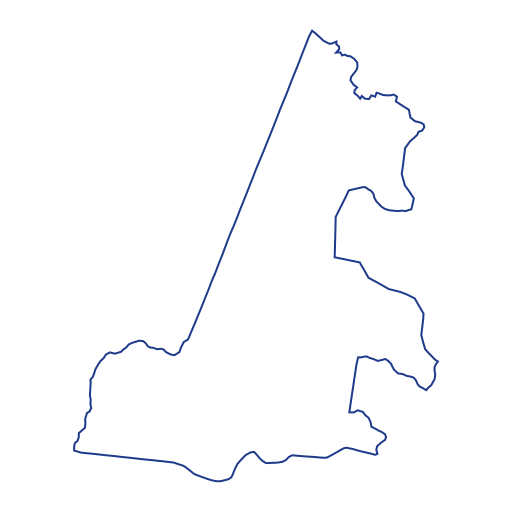 Mirassol d'Oeste, Mato Grosso, Brazil
{"feature_id": "56859067B78594820692492", "entity_name": "Mirassol d'Oeste", "entity_type": "district", "adm_level": 2, "iso_a3": "BRA", "parent_name": "Brazil", "parent_adm1": "Mato Grosso", "projection": "orthographic", "projection_center": [-58.043, -15.604], "detail": "fine", "context": "isolated", "style": "outline", "palette": "blue", "viewbox_px": 512, "rotation_deg": 0, "n_neighbors": 0, "source": "geoboundaries", "source_scale": "gbopen_adm2", "svg_char_len": 3772}
<svg xmlns="http://www.w3.org/2000/svg" viewBox="0 0 512 512"><path d="M426.2,390.2L428.0,388.0L431.3,385.1L433.1,381.8L434.7,378.9L435.2,374.3L434.5,370.1L434.7,366.7L436.2,363.9L437.9,361.5L434.9,359.5L431.0,355.4L428.7,353.1L425.3,349.4L423.3,342.9L421.3,335.1L423.2,319.1L423.5,313.6L414.7,298.4L407.1,294.6L401.1,292.2L397.5,291.2L388.9,289.1L377.1,282.4L368.5,277.8L365.6,272.6L359.7,262.4L352.4,260.9L348.8,260.2L342.8,258.9L334.7,257.3L335.5,226.4L335.6,220.5L335.7,216.9L344.7,199.0L348.8,190.4L362.6,187.2L365.2,187.1L368.0,189.1L371.3,191.0L373.5,193.9L374.3,197.7L376.3,201.3L381.0,206.3L384.8,208.9L389.0,210.2L393.1,210.7L398.1,211.1L402.0,210.6L405.7,211.1L408.3,210.1L411.3,209.4L412.2,205.9L413.8,198.3L409.1,191.2L404.9,185.5L401.7,173.9L402.7,167.6L405.1,148.1L409.9,141.5L412.6,139.1L417.2,134.9L418.6,131.7L422.1,130.6L424.3,127.2L423.6,124.3L420.7,122.6L414.9,121.2L410.4,117.5L408.9,109.8L403.9,106.7L395.8,101.4L397.0,96.7L393.7,94.6L390.0,95.4L386.7,95.3L382.9,95.0L379.8,93.7L376.6,92.7L375.1,96.7L371.3,95.4L369.1,99.0L364.9,98.7L361.8,96.0L360.2,98.7L357.6,95.7L354.3,93.0L354.6,90.3L357.1,87.4L353.4,84.6L350.5,80.3L351.1,76.9L354.5,72.6L356.8,69.4L357.5,66.4L357.2,62.6L354.4,59.0L350.3,56.2L347.5,56.0L345.1,54.7L342.1,55.4L340.3,52.4L336.1,52.6L339.2,49.2L339.0,46.5L336.4,44.3L336.4,41.6L332.3,43.4L329.4,43.8L323.6,40.8L315.1,33.0L312.1,30.7L309.3,35.8L302.0,54.4L297.8,65.3L290.6,83.1L287.3,91.9L279.6,110.6L277.9,115.2L272.1,130.0L264.8,148.0L263.7,150.9L261.1,157.0L258.1,164.3L256.1,169.0L254.3,173.8L252.1,179.5L250.8,182.7L246.9,192.7L240.7,208.1L237.4,216.7L236.0,220.3L233.8,225.7L230.9,232.3L228.6,238.0L222.3,254.9L218.9,263.3L214.9,273.9L213.1,277.8L210.7,283.7L209.2,287.9L205.9,296.0L204.1,300.6L202.5,304.6L199.1,313.0L197.6,316.6L195.6,321.5L188.0,339.5L183.8,342.0L180.8,347.9L179.4,352.1L174.4,355.2L170.8,354.5L166.2,352.2L163.4,349.4L160.9,348.8L156.9,349.2L153.4,347.8L150.2,347.5L147.8,346.2L145.9,343.5L143.4,341.2L139.2,340.7L132.0,342.9L128.7,344.5L126.0,347.7L123.3,349.5L121.1,351.8L114.8,353.7L110.0,352.4L106.1,354.4L103.7,358.0L100.7,360.8L98.6,363.8L97.1,366.3L95.4,369.3L94.3,372.9L92.9,376.8L90.4,379.7L90.7,382.7L90.4,387.3L90.2,390.7L89.9,394.9L90.7,399.8L90.4,403.9L91.2,408.1L89.6,411.4L87.0,413.0L86.0,416.2L85.2,418.9L85.4,423.7L84.8,428.0L81.5,430.8L78.9,433.1L78.7,437.6L77.4,441.0L74.8,443.2L74.2,446.3L74.1,450.5L81.0,452.6L83.8,452.9L88.9,453.4L94.5,454.0L101.2,454.7L107.3,455.4L114.9,456.1L120.2,456.8L126.4,457.4L133.7,458.2L141.5,459.1L146.3,459.6L152.0,460.1L156.9,460.7L162.4,461.2L169.6,462.1L173.4,462.5L179.1,464.4L183.4,465.8L186.3,467.7L190.0,470.6L193.5,473.5L196.1,474.8L199.6,476.1L202.3,477.1L206.2,478.5L210.1,479.8L214.0,480.8L217.2,481.3L220.9,481.1L226.5,479.8L229.1,478.9L231.3,477.3L232.9,474.1L234.8,469.2L237.3,464.1L239.0,462.1L241.4,459.4L245.9,454.9L250.6,452.4L254.1,451.9L257.0,455.0L259.6,458.2L262.8,461.2L266.1,463.1L276.2,462.7L278.9,462.4L282.4,461.8L285.7,460.2L288.8,457.0L292.2,455.3L296.8,455.7L305.1,456.4L313.1,456.9L318.8,457.4L324.1,457.8L327.1,457.5L332.4,454.7L336.1,452.6L340.5,450.1L343.9,448.2L346.5,447.7L353.2,449.1L357.4,450.4L360.9,451.3L363.7,452.0L367.4,452.8L371.2,453.7L375.0,454.8L377.4,453.9L376.3,449.7L377.2,446.1L381.3,442.5L385.0,439.9L386.1,437.3L385.1,434.3L382.2,432.3L378.9,430.7L374.4,428.2L371.5,426.8L370.5,422.0L368.6,417.8L365.5,415.4L362.8,411.9L357.6,410.3L354.2,412.3L349.3,412.3L356.4,364.9L358.1,357.3L360.9,357.4L363.5,356.8L366.3,356.4L369.7,357.9L373.2,359.0L377.9,360.9L381.4,360.1L385.3,359.0L388.1,360.8L391.1,363.9L392.4,366.7L394.0,369.6L398.0,373.4L402.6,374.0L406.7,375.9L410.2,376.5L413.6,377.6L415.7,379.9L417.7,384.3L419.5,386.4L422.7,388.0L426.2,390.2Z" fill="none" stroke="#1e3a8a" stroke-width="2"/></svg>